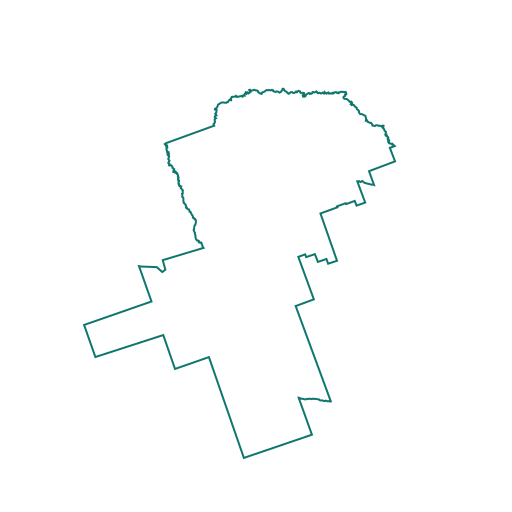 Tornquist, Buenos Aires, Argentina (Albers equal-area conic projection), rotated 296°
{"feature_id": "61730980B13616489731470", "entity_name": "Tornquist", "entity_type": "district", "adm_level": 2, "iso_a3": "ARG", "parent_name": "Argentina", "parent_adm1": "Buenos Aires", "projection": "albers", "projection_center": [-61.986, -38.263], "detail": "fine", "context": "isolated", "style": "outline", "palette": "teal", "viewbox_px": 512, "rotation_deg": 296, "n_neighbors": 0, "source": "geoboundaries", "source_scale": "gbopen_adm2", "svg_char_len": 6164}
<svg xmlns="http://www.w3.org/2000/svg" viewBox="0 0 512 512"><g transform="rotate(296 256 256)"><path d="M317.8,125.5L317.3,125.5L316.6,125.0L315.9,126.5L316.5,127.2L316.2,127.7L315.9,127.6L315.5,126.9L315.0,127.3L315.1,128.4L314.6,128.8L313.2,128.4L312.0,129.3L311.4,130.2L310.5,130.4L310.1,131.1L310.8,131.5L311.0,132.0L310.5,132.2L309.7,131.7L309.2,131.7L309.6,133.0L309.4,133.2L309.0,133.1L308.9,132.4L308.2,132.4L307.9,132.9L308.4,133.3L307.4,134.3L304.7,134.6L303.7,136.5L301.3,136.3L301.0,136.7L301.0,137.6L299.4,138.1L299.4,138.5L299.6,138.7L300.2,138.9L300.1,139.6L300.3,139.8L300.1,140.2L299.8,141.6L298.6,142.3L298.6,142.8L298.3,143.1L298.2,144.4L297.2,144.7L296.9,145.2L296.6,144.5L295.7,144.6L295.3,144.9L295.6,145.5L295.5,146.2L295.9,146.1L296.6,146.5L296.5,147.0L295.6,147.2L295.9,148.6L295.8,149.0L295.0,149.1L294.9,149.9L294.0,150.7L293.2,150.9L292.8,151.9L292.2,151.8L291.9,152.2L291.2,152.1L290.0,152.8L290.2,153.4L290.0,153.8L289.3,154.0L288.8,153.9L288.3,154.3L287.7,154.3L286.9,154.7L286.9,155.4L286.4,155.8L285.7,155.9L285.7,156.3L285.3,156.7L285.7,157.4L285.7,158.3L284.8,158.3L283.9,158.7L283.9,159.5L283.2,160.5L283.0,161.5L282.5,161.5L280.2,162.7L279.7,162.7L279.4,162.3L277.6,163.6L276.8,163.8L276.6,164.8L276.0,165.5L274.2,166.3L273.0,167.0L272.7,167.6L272.1,167.7L271.4,170.1L270.9,170.4L270.6,170.9L269.3,171.5L269.3,172.4L268.6,172.4L268.2,174.2L268.5,175.1L267.5,176.5L266.7,176.8L266.9,177.8L265.0,180.2L264.2,181.8L262.9,182.4L262.6,183.2L262.8,183.8L262.4,184.2L262.6,185.0L262.2,185.6L261.9,185.6L261.7,186.3L259.7,187.3L257.3,187.8L256.7,187.4L253.5,188.2L252.8,188.7L252.2,188.5L251.1,189.4L250.1,191.0L249.1,191.3L247.7,192.8L246.9,193.0L245.1,194.4L244.1,196.1L244.5,197.1L244.5,197.8L244.4,198.2L243.5,198.3L243.2,199.0L243.5,199.9L244.1,200.5L244.0,201.0L243.9,201.2L243.5,201.2L242.3,202.8L241.0,203.9L240.3,205.3L211.4,174.0L204.0,180.5L200.5,178.8L202.5,171.7L196.1,157.2L195.6,155.3L169.3,182.0L118.7,131.7L94.8,155.9L144.3,207.3L119.0,232.7L144.5,258.0L69.2,333.6L119.9,384.6L147.3,356.5L147.6,357.3L147.3,358.6L147.9,359.8L148.5,362.6L149.4,364.2L150.1,364.6L150.4,365.7L151.4,366.9L151.7,368.6L152.7,369.6L152.8,370.5L153.7,372.1L154.7,375.8L154.3,376.6L154.4,377.3L155.2,378.6L155.6,381.2L156.6,382.1L156.8,384.1L157.7,385.5L157.7,386.6L158.1,387.0L228.4,313.6L242.4,327.0L273.8,294.4L279.0,299.5L277.0,301.6L283.5,308.1L277.8,314.2L284.2,320.6L280.7,324.2L287.2,330.9L322.5,295.3L335.4,307.8L336.1,307.0L342.8,313.5L342.2,314.3L348.8,320.6L345.4,324.3L351.9,330.7L367.5,314.3L368.5,316.1L368.2,317.1L368.3,317.6L370.0,318.6L369.3,321.4L370.1,325.5L370.4,326.0L370.6,328.1L371.5,329.9L371.6,330.9L381.8,320.4L402.0,339.5L411.9,328.9L415.6,332.5L415.9,331.7L415.9,331.3L415.5,331.0L416.2,330.6L416.1,330.1L416.7,330.3L416.3,329.9L416.7,329.2L416.1,328.2L416.0,327.1L415.7,326.7L415.7,326.2L416.1,325.9L416.4,324.9L417.4,324.6L417.6,325.2L417.8,325.1L417.7,324.5L418.1,324.5L418.0,324.0L418.4,323.4L418.8,323.5L418.9,323.9L419.5,323.0L419.8,323.3L420.8,322.8L421.3,323.0L420.8,322.6L421.0,321.8L421.4,321.2L420.9,320.6L421.1,320.2L421.5,320.1L421.2,319.9L421.5,319.3L421.9,318.9L422.9,318.9L424.6,318.3L424.7,317.5L425.0,316.6L426.2,315.5L426.8,313.7L427.7,313.9L427.9,313.4L427.8,312.7L428.2,312.8L428.6,313.5L428.9,313.5L428.8,312.7L427.4,311.7L427.5,310.7L427.1,309.6L426.7,309.1L426.8,308.2L426.4,307.0L426.1,306.5L424.8,305.8L424.7,304.3L424.3,303.4L425.4,302.5L426.1,301.1L425.6,299.9L425.7,298.3L425.5,297.9L425.6,297.3L426.6,296.5L425.8,295.4L428.0,294.6L429.9,292.8L430.0,292.1L429.8,291.2L430.0,289.2L429.3,287.5L429.3,287.0L430.6,285.2L431.4,285.1L432.0,283.7L432.1,282.4L433.4,281.4L433.7,279.2L434.5,278.0L434.6,277.5L434.5,276.8L433.6,275.9L433.9,274.6L434.3,274.6L435.1,275.5L435.9,275.1L436.5,274.1L435.6,272.8L435.9,272.0L436.3,271.4L436.9,268.8L436.5,268.1L436.2,267.0L436.1,266.0L436.3,265.6L436.9,265.0L437.6,265.0L438.5,265.4L438.9,265.9L440.2,265.3L440.6,266.1L441.0,266.3L441.8,265.8L442.8,264.6L442.0,263.6L441.6,262.0L441.3,261.6L440.9,260.4L439.7,259.5L439.5,258.7L439.3,258.6L438.7,258.9L438.3,258.6L438.3,257.4L438.1,257.1L438.4,256.3L438.1,255.6L436.8,254.3L436.6,253.7L436.2,253.7L436.0,254.2L435.6,253.9L435.5,253.4L435.7,252.9L434.6,251.8L434.6,250.9L434.0,250.5L434.7,249.4L433.8,248.6L432.9,248.3L433.2,246.8L432.7,246.6L433.1,246.0L432.0,246.1L431.8,245.8L432.4,245.2L432.4,244.6L431.3,243.8L430.5,243.1L430.6,241.5L429.6,240.5L429.4,240.1L430.0,239.2L430.4,238.1L428.7,237.1L428.4,235.2L428.1,235.0L426.6,235.0L426.0,234.4L425.3,233.5L425.9,232.9L425.5,231.8L422.7,230.2L421.2,230.4L420.4,229.6L420.0,228.8L419.9,228.5L421.0,227.5L421.3,227.5L421.7,228.4L422.0,228.4L423.0,228.2L423.5,227.8L423.2,226.5L422.2,224.7L422.5,224.0L423.3,223.3L423.0,221.7L421.1,221.0L421.4,219.9L419.3,219.0L419.1,218.7L418.9,217.8L419.1,216.4L418.3,215.3L416.6,214.7L416.1,214.1L416.1,213.6L416.7,212.8L416.6,212.1L417.0,210.9L417.0,209.6L418.3,207.7L418.3,207.0L417.6,206.6L416.8,207.1L415.4,206.5L414.6,206.5L413.2,205.6L413.4,204.0L413.1,202.9L412.9,202.3L411.9,201.5L411.9,200.5L411.7,199.8L411.8,199.3L412.4,198.7L412.0,198.1L412.3,197.5L411.1,196.3L410.9,194.8L410.1,193.9L409.7,192.7L407.4,191.5L405.6,189.8L405.3,189.7L404.4,190.1L404.1,189.9L403.9,188.4L404.3,186.0L405.1,185.5L405.2,184.7L405.0,183.7L404.6,183.1L404.7,181.6L402.8,179.7L402.5,179.0L402.8,177.6L402.3,177.1L401.9,177.4L401.7,178.2L401.7,178.9L401.2,179.2L398.9,178.0L399.4,176.8L399.4,176.5L397.6,176.4L397.7,176.0L398.4,175.4L398.5,175.0L396.4,175.1L396.3,174.9L395.1,175.5L394.8,174.1L393.4,174.2L393.2,173.9L393.5,172.9L390.9,169.6L390.8,168.7L391.2,168.3L391.2,168.0L390.4,168.2L390.3,167.3L389.2,166.1L388.7,164.8L388.4,164.5L386.8,164.4L386.4,164.4L386.2,164.9L385.8,164.9L385.1,165.3L384.7,164.2L384.7,163.7L383.6,163.4L381.9,163.3L381.4,162.3L380.5,161.9L379.5,158.9L378.6,157.5L375.3,155.5L373.1,155.9L371.7,155.6L370.1,154.6L369.8,154.7L369.6,155.1L370.3,156.2L370.2,156.5L367.6,157.4L366.0,157.0L365.8,157.9L365.0,158.9L364.0,157.9L362.7,158.0L362.4,158.3L362.2,159.6L361.5,159.1L360.1,159.1L359.0,160.1L357.9,160.5L355.9,160.0L354.8,161.3L317.8,125.5Z" fill="none" stroke="#0f766e" stroke-width="2"/></g></svg>